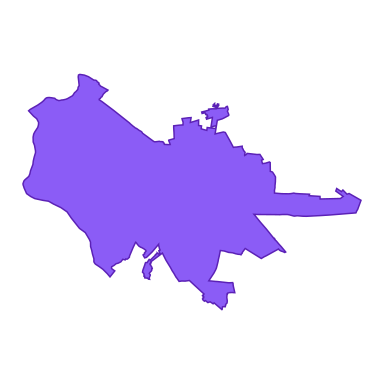 Craiova, Dolj, Romania
{"feature_id": "2599482B2601766067029", "entity_name": "Craiova", "entity_type": "district", "adm_level": 2, "iso_a3": "ROU", "parent_name": "Romania", "parent_adm1": "Dolj", "projection": "robinson", "projection_center": [23.801, 44.323], "detail": "fine", "context": "isolated", "style": "filled", "palette": "violet", "viewbox_px": 384, "rotation_deg": 0, "n_neighbors": 0, "source": "geoboundaries", "source_scale": "gbopen_adm2", "svg_char_len": 5958}
<svg xmlns="http://www.w3.org/2000/svg" viewBox="0 0 384 384"><path d="M261.3,258.5L264.1,256.8L266.2,255.8L278.5,249.0L279.4,250.1L280.5,250.8L281.5,251.2L282.6,251.5L284.8,252.5L285.7,252.0L281.3,246.7L279.0,244.2L276.5,241.2L274.6,239.4L274.9,239.1L274.1,238.1L273.7,238.2L266.4,229.1L263.7,226.0L260.4,222.2L254.0,214.3L258.5,214.5L274.0,214.6L279.7,214.7L282.5,214.5L287.3,214.5L289.2,214.8L293.6,216.0L294.6,216.1L296.8,215.8L297.9,215.8L302.6,216.2L306.2,216.3L319.9,215.6L329.6,215.0L355.9,212.9L356.9,210.6L357.6,209.6L361.0,200.3L349.1,193.5L347.0,194.2L342.9,190.0L341.4,191.6L336.7,188.5L335.8,191.1L343.2,196.4L340.4,198.5L320.1,199.0L320.0,196.4L309.1,195.7L309.5,194.2L300.4,193.8L295.6,193.5L293.8,193.1L291.0,193.6L288.6,193.8L281.9,193.7L274.5,193.1L274.5,190.3L274.4,190.1L274.6,189.7L275.0,187.6L275.0,185.7L275.4,181.8L275.5,177.2L275.4,176.7L274.1,174.5L272.6,172.2L271.8,171.7L270.3,171.4L270.3,169.4L270.2,162.5L269.5,162.4L269.3,162.0L265.5,163.2L262.5,163.6L261.5,160.2L263.2,159.5L263.0,159.1L259.9,154.4L257.0,154.5L247.1,153.4L246.5,154.3L246.0,154.7L245.7,154.8L244.7,155.5L244.6,155.2L245.1,152.3L243.6,150.5L243.0,149.0L242.5,148.4L242.2,147.4L242.2,146.2L236.1,147.1L234.8,147.1L233.4,147.4L230.2,141.3L225.3,132.5L223.9,132.1L223.3,132.0L215.1,133.9L217.3,120.3L222.1,118.9L224.2,117.9L228.3,115.7L228.7,115.4L228.8,115.0L228.7,114.3L227.4,111.2L228.2,109.4L227.4,106.4L226.3,106.6L225.2,108.0L224.4,108.2L222.9,108.1L217.0,108.4L217.5,107.1L218.6,105.5L218.4,105.4L218.6,104.7L218.7,104.2L217.5,103.9L217.3,105.4L216.7,105.3L216.7,106.3L215.9,106.1L215.9,105.4L215.3,105.3L215.0,105.7L214.5,105.5L214.6,103.5L214.2,103.8L214.2,104.4L213.4,104.9L213.6,105.0L213.0,106.4L216.3,107.5L216.1,108.8L212.2,108.8L208.7,109.1L208.9,110.1L205.3,111.1L201.7,112.0L202.1,113.5L205.0,112.7L205.7,114.5L206.6,114.3L207.0,115.4L207.4,115.3L207.7,116.8L206.8,117.1L207.0,117.5L206.1,117.7L206.6,119.2L212.4,117.4L212.4,117.8L211.0,126.7L211.0,126.8L211.3,126.8L216.2,125.7L215.7,128.6L207.2,127.5L206.8,130.4L203.1,129.4L201.2,128.8L201.5,125.9L198.6,125.5L198.6,120.0L190.8,122.4L190.3,122.5L191.1,117.6L188.2,117.8L182.0,118.6L182.2,119.7L183.1,122.1L183.0,124.9L178.8,125.2L173.7,125.8L173.7,127.8L174.0,132.6L174.2,138.6L173.6,138.8L168.8,140.1L168.7,140.2L168.8,140.8L169.8,143.2L170.2,144.5L168.2,144.6L164.4,144.4L164.0,143.0L163.3,142.6L163.1,141.9L162.7,141.7L161.5,141.6L160.2,141.6L159.4,141.3L155.4,141.8L154.6,141.8L153.8,141.5L142.5,133.2L142.0,132.2L141.1,131.4L139.1,130.3L136.5,128.4L135.5,128.1L134.2,127.0L133.1,126.2L130.5,124.0L129.4,122.9L113.4,110.2L102.0,101.6L99.2,99.8L99.3,99.0L100.4,98.3L101.0,97.3L102.0,96.7L102.4,95.8L103.4,94.0L105.8,91.7L107.5,90.8L108.0,90.1L101.2,86.4L100.5,86.2L100.0,85.3L98.8,84.3L98.7,84.0L99.1,83.2L98.2,82.3L97.5,82.1L96.6,80.7L95.9,80.3L94.6,80.1L94.0,80.2L88.5,76.7L84.4,75.1L79.8,74.4L78.5,75.0L78.2,76.9L79.2,85.7L78.8,86.1L78.3,86.9L78.0,87.9L77.9,89.0L77.8,89.4L75.8,91.7L74.6,92.6L73.0,95.1L72.4,95.8L67.7,98.5L66.1,99.2L63.1,99.9L61.6,100.0L60.2,100.4L58.8,100.6L57.1,100.0L55.6,99.2L54.8,98.3L51.1,97.7L49.1,97.5L47.6,97.6L46.4,97.9L45.3,98.7L43.7,100.6L41.6,102.4L37.7,105.1L30.2,109.4L28.6,110.8L33.5,116.1L36.7,118.7L38.6,122.4L38.5,124.4L38.2,125.9L37.7,127.5L34.8,131.9L33.7,134.1L33.1,137.1L33.2,142.0L34.5,145.3L35.5,150.9L35.5,152.8L34.6,155.7L34.1,157.5L33.3,160.9L32.9,164.5L30.5,170.8L29.9,173.8L28.8,176.4L24.9,179.8L23.9,181.0L23.0,183.7L23.1,184.8L24.2,188.2L26.6,193.6L30.7,196.5L34.8,198.6L43.2,200.4L48.5,201.2L53.6,204.1L60.9,207.6L67.1,211.9L71.4,218.2L79.5,228.4L85.3,232.6L89.4,239.5L90.5,242.1L90.6,246.6L91.7,250.3L92.5,254.1L93.9,258.8L93.9,261.8L94.4,262.8L95.4,264.1L99.2,266.6L102.9,269.3L107.3,273.7L110.0,276.9L114.8,270.9L112.0,268.9L111.5,268.1L111.7,266.7L113.9,265.5L116.1,263.7L118.1,263.2L120.5,262.0L120.9,261.8L122.8,259.3L125.2,259.9L125.7,259.0L126.4,259.1L127.3,259.1L127.9,258.7L129.2,257.4L129.4,257.2L129.4,256.7L129.7,255.6L133.1,247.5L135.6,242.3L135.7,242.2L136.5,243.0L137.4,244.4L139.0,246.2L140.8,247.3L141.5,247.5L143.7,248.7L145.7,250.2L146.0,250.9L146.0,251.2L144.5,252.9L144.7,253.6L144.5,254.0L143.2,254.6L143.1,255.0L143.5,255.8L144.7,257.9L146.5,257.4L152.2,251.9L158.6,244.3L158.6,245.1L159.1,247.2L159.5,248.7L160.1,250.0L158.9,250.6L159.4,251.7L159.4,252.0L159.2,252.1L159.9,253.2L159.5,253.7L159.4,253.9L159.1,254.2L158.8,254.2L158.0,253.5L157.8,253.5L157.2,252.9L157.2,253.1L155.5,254.6L155.7,254.8L155.5,255.0L150.3,260.1L149.2,259.4L148.5,260.4L147.1,262.6L145.8,262.5L145.3,263.0L144.9,264.5L142.9,270.1L142.5,272.2L143.8,273.5L143.8,273.9L144.0,274.2L144.0,276.3L144.6,276.3L144.8,277.9L146.7,278.1L147.2,278.0L148.6,279.2L149.6,279.3L149.3,278.5L149.3,277.7L150.3,275.1L150.2,274.7L149.3,273.6L149.3,273.4L149.7,272.7L151.2,271.2L151.7,270.4L151.8,268.7L152.2,268.7L152.3,268.5L151.6,266.7L150.1,264.5L150.4,264.3L150.0,263.7L151.2,262.8L150.6,262.0L162.4,253.1L165.9,260.1L170.5,267.6L172.2,270.8L173.8,273.2L176.0,277.1L176.9,278.2L179.1,281.4L181.8,281.0L185.2,281.1L189.4,280.5L195.1,285.8L204.0,294.0L202.7,295.3L203.1,295.6L202.7,295.9L203.6,296.6L203.1,297.2L203.7,297.8L202.5,298.9L203.1,300.1L203.8,300.5L204.3,301.2L205.4,300.6L207.9,302.6L210.1,301.8L213.1,303.8L214.1,302.9L221.9,309.6L222.2,309.3L222.4,307.0L222.8,306.7L225.3,306.7L225.4,305.8L225.6,305.6L225.5,305.2L225.9,304.2L227.1,302.9L227.1,302.1L227.3,301.0L226.8,297.5L227.0,294.8L227.3,294.5L227.4,294.2L227.1,294.0L227.1,293.8L227.4,293.6L227.6,293.2L227.8,293.1L229.4,292.6L232.5,292.5L233.0,292.6L234.8,292.7L233.4,286.5L233.1,284.6L233.1,283.7L232.7,282.6L228.9,282.8L216.9,281.5L216.3,281.5L208.8,280.8L213.9,273.1L215.6,269.9L216.4,268.1L217.1,265.4L218.1,261.3L218.4,259.5L219.2,256.2L220.3,250.5L224.2,251.0L228.6,252.4L232.6,252.8L235.8,253.8L238.3,254.3L240.0,254.4L241.0,254.8L241.4,254.0L242.1,253.4L242.2,253.0L242.2,252.7L242.7,251.9L245.2,248.5L261.3,258.5Z" fill="#8b5cf6" stroke="#5b21b6" stroke-width="1.5"/></svg>